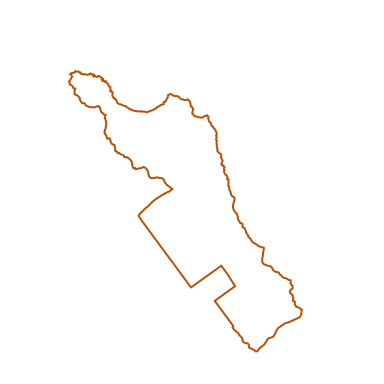 Cerejeiras, Rondônia, Brazil, rotated 54°
{"feature_id": "56859067B66697352879536", "entity_name": "Cerejeiras", "entity_type": "district", "adm_level": 2, "iso_a3": "BRA", "parent_name": "Brazil", "parent_adm1": "Rondônia", "projection": "robinson", "projection_center": [-61.397, -13.184], "detail": "fine", "context": "isolated", "style": "outline", "palette": "amber", "viewbox_px": 384, "rotation_deg": 54, "n_neighbors": 0, "source": "geoboundaries", "source_scale": "gbopen_adm2", "svg_char_len": 6015}
<svg xmlns="http://www.w3.org/2000/svg" viewBox="0 0 384 384"><g transform="rotate(54 192 192)"><path d="M351.7,172.2L350.2,172.9L348.3,173.5L346.2,175.1L344.4,174.9L343.3,175.0L341.3,173.3L339.2,174.3L338.0,172.6L336.0,172.2L334.6,171.1L332.8,171.6L330.8,171.8L329.7,171.2L329.0,168.8L329.3,167.4L327.2,165.9L325.8,166.2L324.5,165.9L323.3,165.8L322.4,164.6L321.3,164.1L319.8,165.6L317.8,166.2L315.8,167.8L314.8,168.5L313.5,168.9L311.8,168.8L310.6,169.4L309.4,169.4L307.9,169.2L306.5,170.6L304.5,171.9L302.3,172.3L300.4,171.8L298.5,172.0L297.1,173.0L295.8,174.4L293.3,175.9L292.3,176.3L289.9,176.4L286.9,174.1L285.9,172.8L282.8,170.1L280.6,167.6L279.3,166.7L275.9,169.3L274.7,170.0L273.3,170.3L270.6,171.4L269.1,172.2L267.8,172.5L266.6,172.6L265.1,172.2L263.8,172.2L263.0,172.5L261.5,172.7L260.1,172.2L258.5,172.0L257.1,172.1L255.5,171.6L253.5,170.9L251.8,170.7L250.5,171.7L249.4,171.4L247.8,170.0L246.7,170.1L245.5,171.2L242.1,170.8L241.0,170.7L240.2,170.5L238.8,169.4L237.9,169.2L236.5,168.6L234.9,168.6L233.2,169.0L231.5,168.9L228.4,168.0L225.9,165.6L224.1,163.1L222.7,161.8L221.7,161.1L220.5,161.2L218.7,162.0L217.0,161.9L215.5,161.1L213.9,160.6L211.8,160.4L209.8,158.8L208.4,159.2L206.8,157.6L205.2,156.6L204.2,155.6L203.4,155.0L202.0,155.9L200.8,154.6L199.8,154.2L198.3,154.4L197.0,154.8L195.7,154.6L194.0,154.0L193.4,152.8L191.8,152.5L190.8,150.9L189.6,151.4L188.7,151.1L187.7,152.1L186.2,151.5L185.7,150.6L185.2,149.4L184.5,148.8L181.0,148.2L180.3,147.4L179.0,146.3L177.7,146.5L176.4,147.2L175.3,147.5L174.4,147.2L173.4,147.3L172.8,146.6L171.8,146.1L171.1,145.5L169.8,145.2L168.8,144.7L168.0,143.8L166.5,143.3L165.6,142.1L164.7,141.8L163.6,141.7L162.4,140.0L160.5,139.3L159.9,138.1L157.8,137.1L155.7,136.7L153.8,136.7L152.3,137.0L151.4,136.7L150.3,137.0L148.7,137.0L147.6,136.1L145.9,136.5L145.0,136.7L142.5,135.9L140.9,134.5L140.0,134.8L139.0,134.6L138.4,136.5L137.9,137.7L137.8,138.8L138.0,139.7L137.3,140.7L135.4,142.7L134.0,143.6L133.1,144.7L132.2,145.3L131.2,145.5L130.3,145.3L128.9,145.7L128.1,145.2L127.2,144.3L126.4,143.0L125.3,142.3L123.3,142.0L122.1,142.6L121.0,142.3L120.2,141.5L118.2,140.7L117.3,140.6L115.0,140.8L114.2,141.8L114.0,143.0L113.4,144.0L111.8,144.8L111.3,145.7L108.6,146.8L107.7,146.7L106.5,146.9L105.4,148.0L104.4,149.3L103.6,150.1L102.7,150.5L101.8,150.8L101.0,151.3L99.9,151.8L99.9,153.0L99.6,154.6L100.8,155.7L101.4,156.4L101.9,158.0L102.6,159.0L103.1,160.1L103.2,161.1L102.6,162.0L103.3,162.8L104.2,163.1L103.7,165.2L103.2,166.3L103.4,167.8L103.2,169.1L102.8,170.2L103.2,171.8L102.9,172.9L102.8,175.0L102.5,176.3L101.8,178.6L101.3,179.9L101.1,181.6L100.4,182.3L99.1,183.0L97.3,185.5L96.4,186.1L95.9,187.4L94.6,188.7L93.9,189.3L92.6,190.8L91.7,191.6L90.1,192.3L89.2,193.2L88.4,193.7L86.9,194.0L85.8,194.6L84.3,195.0L83.2,195.2L82.2,196.4L81.3,197.0L80.3,197.4L79.2,198.2L78.1,199.2L77.1,199.7L76.0,200.0L74.8,199.9L73.6,199.3L72.6,199.3L71.9,199.7L70.9,199.3L69.8,200.2L68.8,199.8L67.2,199.8L66.1,198.9L64.9,197.7L63.6,197.9L62.8,198.8L62.2,198.0L61.3,198.2L60.1,197.0L59.0,196.3L58.1,196.9L56.7,196.9L55.2,196.5L53.8,196.7L52.5,196.9L51.7,196.7L51.8,197.6L50.8,197.7L49.9,198.8L48.3,197.4L47.4,197.6L47.9,198.7L46.0,198.2L44.6,198.7L43.6,199.0L42.8,199.9L43.3,200.7L42.8,201.7L41.6,202.2L40.3,202.2L40.6,203.7L39.8,203.9L39.1,202.8L37.5,204.1L36.6,204.3L37.0,205.2L36.2,205.9L35.9,207.3L35.3,208.2L33.9,209.3L32.8,210.6L32.3,211.4L31.5,211.9L30.5,212.6L29.9,211.9L29.1,212.6L28.1,212.9L27.3,213.7L26.6,215.0L25.7,215.2L26.1,216.5L26.0,217.8L24.9,219.8L25.1,221.3L26.2,220.8L28.0,221.0L28.7,222.1L29.2,223.5L29.9,224.8L30.2,226.6L32.0,226.9L33.4,227.6L34.7,226.7L35.9,226.5L37.1,226.6L38.2,226.9L39.7,225.6L40.6,226.8L41.9,228.2L43.6,229.4L44.6,229.2L45.6,228.5L47.1,227.8L48.5,227.7L49.8,227.6L50.6,227.8L51.4,228.6L52.7,228.5L54.8,228.8L56.3,227.8L57.2,226.7L59.4,227.0L61.0,226.4L61.7,225.6L62.7,225.2L63.8,224.2L64.4,223.2L66.1,221.4L66.9,218.4L67.7,217.0L68.9,217.1L69.8,216.8L71.4,217.7L73.0,218.1L73.8,218.4L74.8,218.2L75.6,217.8L77.1,217.8L77.8,217.5L78.9,216.6L80.3,218.7L81.5,219.2L83.4,219.7L84.5,220.0L86.6,221.5L88.3,222.9L89.0,223.9L89.9,224.7L90.6,225.6L91.6,227.3L92.5,227.3L93.0,228.1L93.8,228.4L95.0,228.0L96.0,228.3L97.0,228.4L98.0,229.1L99.3,229.1L99.5,228.2L100.0,227.1L102.0,227.4L103.2,228.1L105.4,228.6L106.5,228.3L107.8,227.6L108.5,227.1L109.6,227.9L111.3,228.2L112.6,229.4L113.7,230.0L114.9,229.2L115.7,229.0L116.5,229.3L117.7,228.0L118.9,227.8L120.0,227.1L120.7,226.7L122.8,225.7L123.8,226.2L124.7,225.8L125.2,224.6L126.0,223.7L127.2,223.8L128.3,223.1L129.2,223.1L130.2,223.0L131.5,222.9L132.7,223.1L133.9,224.0L135.2,224.5L136.4,225.1L137.7,225.4L138.8,224.9L139.2,223.9L140.4,224.2L141.1,222.7L141.5,221.6L142.6,219.3L143.0,218.1L143.1,217.0L144.1,215.9L145.2,215.5L146.6,215.2L147.8,215.3L149.1,215.5L151.8,216.6L152.7,217.0L153.5,217.3L154.4,217.5L155.4,217.5L156.7,216.9L157.7,215.7L158.6,213.7L159.7,211.7L160.2,211.0L161.3,210.2L162.2,209.4L162.9,208.5L163.9,207.9L165.1,207.5L166.8,208.0L167.7,208.2L169.4,208.4L172.3,207.9L174.5,207.2L176.2,206.8L177.3,206.4L178.2,206.2L178.1,208.0L178.3,209.4L177.4,213.4L177.2,216.1L176.9,218.4L176.5,225.5L176.5,227.8L176.7,230.2L176.9,231.6L177.5,234.4L177.7,235.9L177.8,239.7L178.5,243.2L178.7,245.0L178.9,246.6L179.4,248.0L180.1,249.3L189.4,249.5L266.9,248.9L268.6,248.8L268.9,211.6L279.5,211.6L293.5,212.5L293.5,237.6L324.9,237.4L325.4,238.8L327.3,238.9L330.4,238.4L331.6,238.0L333.1,237.5L335.1,237.8L336.5,237.7L337.6,237.5L338.7,237.3L340.7,237.6L341.5,238.0L342.4,238.8L344.0,238.5L345.6,237.5L346.6,236.4L347.6,235.9L349.1,235.8L350.5,236.7L351.7,237.2L353.0,236.3L354.1,235.9L355.0,235.2L356.2,234.7L358.6,234.1L359.1,233.0L359.0,231.8L358.1,229.1L358.0,224.3L357.8,223.2L357.5,222.2L356.7,220.0L355.4,217.3L355.4,215.6L356.6,212.6L356.6,211.0L356.2,209.6L355.5,208.0L354.2,206.1L352.9,203.0L352.7,201.7L352.9,194.0L353.2,192.7L353.7,191.9L354.2,190.4L356.2,180.9L356.5,179.1L356.5,178.1L355.3,175.8L354.2,174.6L352.5,173.2L351.7,172.2Z" fill="none" stroke="#b45309" stroke-width="2"/></g></svg>